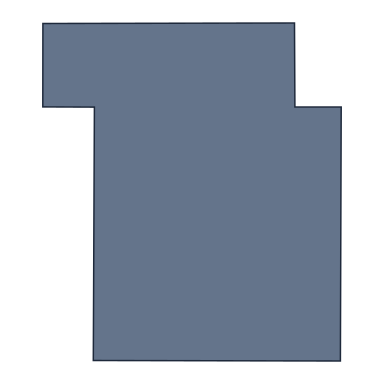 Ida, Iowa, United States of America (Mercator projection)
{"feature_id": "52423323B51370966156719", "entity_name": "Ida", "entity_type": "district", "adm_level": 2, "iso_a3": "USA", "parent_name": "United States of America", "parent_adm1": "Iowa", "projection": "mercator", "projection_center": [-95.508, 42.386], "detail": "fine", "context": "isolated", "style": "filled", "palette": "slate", "viewbox_px": 384, "rotation_deg": 0, "n_neighbors": 0, "source": "geoboundaries", "source_scale": "gbopen_adm2", "svg_char_len": 234}
<svg xmlns="http://www.w3.org/2000/svg" viewBox="0 0 384 384"><path d="M340.4,361.0L341.2,107.0L294.9,107.0L294.5,23.0L42.9,23.5L42.8,106.9L94.4,107.1L93.3,360.5L340.4,361.0Z" fill="#64748b" stroke="#1e293b" stroke-width="1.5"/></svg>